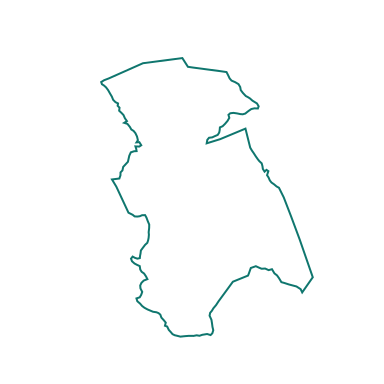 Caririaçu, Ceará, Brazil, rotated 63°
{"feature_id": "56859067B58793941772217", "entity_name": "Caririaçu", "entity_type": "district", "adm_level": 2, "iso_a3": "BRA", "parent_name": "Brazil", "parent_adm1": "Ceará", "projection": "mercator", "projection_center": [-39.269, -7.028], "detail": "fine", "context": "isolated", "style": "outline", "palette": "teal", "viewbox_px": 384, "rotation_deg": 63, "n_neighbors": 0, "source": "geoboundaries", "source_scale": "gbopen_adm2", "svg_char_len": 2773}
<svg xmlns="http://www.w3.org/2000/svg" viewBox="0 0 384 384"><g transform="rotate(63 192 192)"><path d="M331.5,139.4L322.8,123.1L299.7,119.9L283.1,117.6L258.8,114.8L238.5,112.7L227.7,112.6L225.5,114.1L222.4,115.4L219.6,116.9L217.0,117.4L213.8,117.2L211.1,117.5L208.1,114.5L206.1,115.6L206.8,118.1L203.6,118.4L201.0,117.5L198.1,116.9L195.1,118.0L192.7,118.5L189.2,119.0L185.2,119.4L182.3,119.8L178.9,120.0L159.8,115.6L157.7,142.9L155.3,156.8L152.5,154.7L151.4,152.2L152.5,149.2L152.6,146.4L152.8,143.2L151.4,140.8L149.5,139.3L147.1,137.8L147.3,134.9L146.3,131.7L144.8,128.1L142.9,125.1L139.8,124.5L139.2,122.2L140.3,119.2L142.4,116.2L144.5,113.6L145.8,111.5L146.3,108.9L145.8,106.6L145.4,104.4L145.0,101.5L145.8,98.4L147.5,95.4L145.9,93.7L142.6,93.9L138.0,96.7L134.9,97.9L132.9,99.1L130.9,100.5L126.8,101.7L123.3,102.3L120.4,101.4L117.0,101.6L113.7,103.7L110.7,106.2L107.9,106.9L104.4,106.8L100.8,106.8L97.4,111.6L81.3,135.0L78.6,138.8L68.3,139.8L55.0,177.2L53.0,214.8L52.5,219.5L52.8,223.0L55.1,223.3L57.1,222.1L59.7,221.1L63.1,220.5L67.5,220.3L70.6,220.1L74.1,220.4L77.2,219.4L79.5,217.7L81.4,219.1L84.0,218.3L86.5,220.0L89.6,218.9L92.3,218.1L95.8,218.3L99.3,217.8L99.6,221.0L102.0,218.6L105.8,217.8L108.7,217.7L111.1,216.3L113.9,215.7L117.6,215.8L121.3,216.7L122.6,218.9L123.7,216.3L127.3,216.0L127.6,218.3L125.7,221.7L128.2,222.1L130.4,222.8L129.4,225.1L128.9,228.5L131.2,231.4L136.0,235.4L138.4,241.9L141.2,244.2L142.1,246.8L144.7,248.2L147.0,250.6L144.5,257.6L152.8,257.0L181.6,258.0L185.4,255.2L187.7,254.2L189.1,251.8L189.9,249.4L190.0,247.1L191.3,244.3L194.1,244.2L197.5,244.6L201.6,244.9L204.6,246.5L208.2,248.9L210.5,249.8L213.2,251.5L215.1,253.0L217.0,254.9L217.8,257.8L219.7,261.7L220.9,264.1L223.3,265.7L225.2,267.2L227.2,268.5L226.6,270.9L224.7,272.8L222.6,274.2L223.7,276.6L226.5,276.9L229.6,275.7L231.9,274.1L234.3,272.2L237.6,273.3L240.2,273.1L242.9,271.7L246.4,271.3L249.4,271.3L249.0,275.2L250.0,278.3L251.8,280.6L254.5,281.7L258.4,281.7L260.6,284.0L262.1,286.4L261.6,289.8L264.5,290.3L268.0,288.9L270.9,288.2L273.6,286.9L276.5,284.9L281.0,281.1L283.0,278.3L284.7,276.8L286.9,275.9L290.0,276.3L293.6,275.3L296.5,274.7L298.9,276.8L300.6,275.2L304.3,275.3L307.2,274.5L309.8,273.9L311.8,272.4L313.4,270.5L315.6,268.0L317.1,264.1L318.7,260.2L320.9,256.0L321.8,252.9L323.5,250.6L323.9,247.7L325.4,243.0L327.9,240.4L327.1,238.0L324.8,235.8L321.5,235.0L318.1,233.8L314.7,232.7L310.2,232.5L307.9,230.7L306.9,228.3L305.3,225.7L303.7,221.9L301.4,217.9L294.5,204.2L290.5,196.3L290.8,192.8L291.9,180.0L290.3,178.2L286.4,174.1L287.1,168.8L289.9,166.6L292.0,164.8L293.4,161.6L296.4,159.2L297.1,155.8L301.9,155.5L304.9,154.1L308.3,153.6L312.9,153.3L314.8,151.2L318.4,147.6L323.6,141.8L327.9,139.3L331.5,139.4Z" fill="none" stroke="#0f766e" stroke-width="2"/></g></svg>